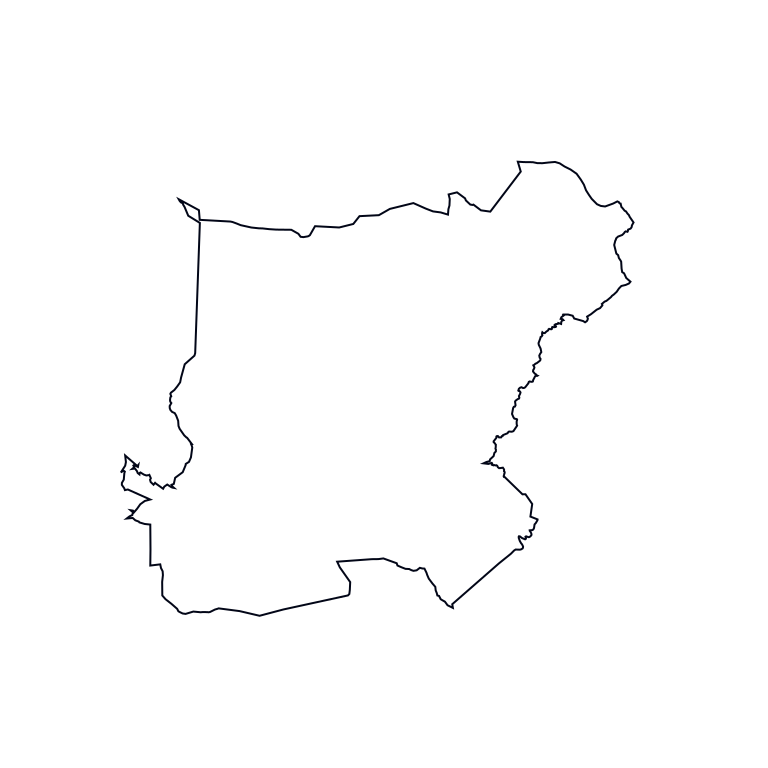 Ixtapan del Oro, México, Mexico, rotated 74°
{"feature_id": "50627088B38123449736232", "entity_name": "Ixtapan del Oro", "entity_type": "district", "adm_level": 2, "iso_a3": "MEX", "parent_name": "Mexico", "parent_adm1": "México", "projection": "mercator", "projection_center": [-100.269, 19.262], "detail": "fine", "context": "isolated", "style": "outline", "palette": "ink", "viewbox_px": 768, "rotation_deg": 74, "n_neighbors": 0, "source": "geoboundaries", "source_scale": "gbopen_adm2", "svg_char_len": 6152}
<svg xmlns="http://www.w3.org/2000/svg" viewBox="0 0 768 768"><g transform="rotate(74 384 384)"><path d="M272.8,109.4L273.7,114.0L274.3,122.5L272.6,126.5L269.9,129.7L263.3,133.3L258.6,134.9L253.5,136.4L247.5,136.9L241.7,138.5L235.0,140.9L229.3,145.5L224.7,150.5L220.3,154.3L217.7,158.4L216.5,164.5L215.4,170.9L213.9,175.8L211.8,179.8L209.2,188.5L207.2,194.1L217.5,194.0L247.6,234.3L243.8,242.9L236.2,248.6L236.3,249.5L235.3,251.6L230.1,254.7L227.9,254.9L219.9,261.0L219.6,269.6L224.3,269.8L230.5,271.9L233.7,273.9L238.8,275.8L234.7,282.2L231.6,289.3L226.9,295.5L218.2,305.9L217.3,330.1L220.3,342.4L215.9,361.3L221.7,369.4L221.2,383.9L213.3,406.8L220.5,414.2L220.9,415.3L221.1,416.4L220.6,421.0L219.5,423.6L216.0,424.9L210.2,430.6L205.9,445.0L203.5,451.7L201.0,457.8L199.8,461.5L197.0,468.4L191.8,478.0L189.2,481.3L186.5,485.0L185.5,486.9L175.4,515.9L165.9,514.0L149.8,530.4L151.9,529.9L153.5,529.1L154.8,527.6L156.4,527.6L158.9,526.9L168.3,525.8L178.4,516.6L302.3,557.0L304.5,558.4L310.1,570.1L321.9,577.3L326.2,579.5L329.4,583.5L332.0,587.2L333.6,591.2L334.6,592.1L337.2,591.9L337.9,593.0L339.9,593.9L341.4,594.3L342.9,594.1L343.7,593.7L346.1,596.1L348.1,596.6L350.0,596.5L352.4,595.4L354.3,593.2L357.0,592.5L362.6,592.0L367.7,593.1L370.7,592.8L378.3,590.2L381.0,588.6L381.4,588.1L388.9,585.2L388.8,586.0L390.1,585.8L392.2,585.8L401.3,589.8L405.1,592.9L406.2,596.6L407.4,597.1L413.3,601.8L416.6,610.6L422.1,613.6L422.3,616.0L424.3,615.6L426.0,614.5L425.2,616.1L424.4,617.0L420.9,620.1L422.1,623.5L423.8,625.2L416.6,630.9L415.9,631.3L417.3,633.3L413.9,635.3L411.6,635.3L410.3,634.1L406.7,634.6L406.8,635.0L406.4,637.7L404.9,639.8L401.9,642.5L402.2,643.5L403.5,644.0L401.7,645.3L399.6,645.5L396.9,646.6L396.5,647.3L396.2,649.4L395.1,647.0L393.3,647.4L392.7,646.0L394.2,645.3L395.9,643.4L394.1,642.5L394.9,643.7L381.4,652.5L387.9,653.6L391.2,655.3L396.5,661.3L395.6,658.7L395.8,658.0L396.8,657.3L398.2,658.2L404.2,660.5L406.8,663.2L408.7,663.8L412.7,662.4L414.6,662.3L414.8,659.3L430.6,640.6L430.5,646.2L432.4,651.4L435.9,655.8L438.2,659.3L436.5,660.2L435.5,662.4L438.8,660.3L439.6,661.6L440.6,662.1L441.1,665.1L442.4,668.4L443.5,662.5L446.5,660.6L448.7,657.6L449.6,657.3L452.6,652.6L454.7,647.4L478.4,654.0L494.1,658.7L495.7,648.8L499.4,649.1L503.0,648.4L506.8,649.2L513.1,651.8L526.2,655.4L530.7,653.3L536.6,649.0L543.1,644.8L545.8,644.3L547.2,642.9L549.1,640.8L550.3,638.1L550.2,630.0L552.9,623.1L553.3,620.9L554.6,616.7L555.1,615.5L555.2,614.0L554.2,608.6L554.2,605.9L554.1,604.8L562.5,585.4L572.5,567.5L573.0,542.9L577.3,476.9L576.3,475.2L572.5,473.6L565.1,471.1L548.1,477.0L541.9,478.0L549.0,444.1L550.8,437.5L551.5,432.7L559.8,421.2L562.2,421.1L565.0,417.7L567.6,414.3L568.8,410.8L570.4,409.1L571.7,407.2L572.1,404.0L570.6,400.2L571.9,398.0L572.6,396.0L577.0,395.2L579.5,395.1L583.4,394.6L589.2,392.4L593.1,390.6L596.7,391.2L599.5,390.9L602.0,391.0L602.9,389.5L606.6,388.8L610.1,385.4L614.2,383.9L618.2,379.5L614.5,379.1L588.1,322.9L582.1,308.7L579.9,304.8L579.4,303.1L580.6,299.4L580.8,298.1L580.3,296.1L579.6,295.5L578.5,295.1L576.2,295.5L574.9,296.1L572.4,296.7L569.3,296.9L568.1,296.7L567.6,296.3L567.9,295.4L570.1,293.8L572.2,291.2L572.1,290.6L571.6,290.1L569.8,290.1L569.6,289.4L571.0,287.4L571.2,286.7L571.1,286.1L570.6,284.9L569.7,283.8L568.5,283.6L566.9,283.8L565.3,284.4L564.8,284.3L565.3,281.9L565.3,281.3L564.4,279.9L563.2,279.2L560.5,278.0L559.5,276.4L557.2,274.0L556.5,273.7L551.8,279.8L540.2,274.6L529.0,278.4L528.2,281.3L506.6,293.7L506.4,294.3L505.6,294.4L504.3,293.5L503.7,293.3L502.7,292.5L501.8,292.3L500.9,292.7L499.7,292.2L499.0,292.2L497.2,292.8L496.9,295.3L496.6,296.6L495.3,297.5L493.8,297.7L493.1,298.3L493.1,299.1L492.3,300.4L492.4,301.1L491.9,301.5L491.8,302.2L491.3,302.6L490.2,301.9L489.5,302.2L489.6,305.7L487.7,310.2L487.2,307.0L487.3,303.7L485.7,302.8L483.5,298.5L480.7,296.9L479.7,295.1L477.9,294.5L476.9,294.7L475.3,293.9L474.0,293.6L473.4,293.2L471.3,293.9L470.2,294.6L469.3,294.4L467.0,291.2L466.1,290.4L465.4,290.4L465.2,289.9L465.4,288.9L467.1,288.1L467.6,286.0L466.6,285.1L466.6,284.1L465.9,283.6L465.4,278.9L464.3,277.5L464.2,276.8L465.1,274.3L465.0,272.6L460.7,267.5L459.8,267.6L458.2,267.3L456.3,266.7L455.1,265.9L454.4,266.0L453.2,268.2L451.9,268.7L448.1,269.2L442.7,266.5L441.7,265.5L441.8,264.4L440.7,263.4L437.1,262.9L436.3,262.1L435.4,259.7L435.2,258.2L434.5,257.7L432.8,257.6L431.0,255.9L429.7,255.1L429.2,255.2L428.1,255.7L427.9,256.3L427.4,256.7L425.8,255.7L425.1,254.3L425.0,253.3L425.0,252.7L426.2,251.5L426.4,250.5L426.1,249.2L423.0,244.9L422.3,244.6L421.9,244.2L421.7,243.3L422.5,241.8L422.7,240.7L422.6,240.2L421.3,239.5L418.2,236.6L418.1,235.0L418.4,234.6L418.3,234.2L417.9,234.7L416.7,235.2L415.6,236.2L413.1,237.3L411.8,236.8L410.6,235.5L409.4,234.8L407.2,235.3L407.1,234.6L406.2,232.8L406.1,231.5L404.7,227.9L404.2,227.2L403.0,226.6L401.6,227.1L399.5,226.9L398.1,225.7L396.7,224.0L393.1,223.7L389.0,224.4L387.3,224.2L383.4,221.3L382.0,220.5L381.7,219.3L380.8,218.3L380.1,218.4L378.6,218.0L377.9,217.5L378.9,216.9L379.4,215.4L378.4,213.6L377.7,211.4L376.8,210.8L376.5,210.1L377.5,208.2L377.3,207.4L376.3,207.1L375.6,206.5L376.3,205.0L376.5,203.2L376.1,202.8L375.2,203.1L374.8,203.9L374.4,203.9L373.8,202.7L374.1,200.2L373.4,199.7L375.1,197.2L373.1,196.4L372.1,195.3L372.1,193.9L370.9,194.5L370.1,196.2L368.7,195.1L367.6,192.2L366.8,192.8L366.6,192.6L367.9,188.0L370.4,183.8L373.5,183.1L378.4,175.2L380.1,173.7L379.5,171.8L378.5,170.7L377.4,170.0L375.2,170.2L374.0,165.9L371.2,159.1L370.6,155.4L368.6,152.4L367.7,152.3L367.1,152.5L365.6,149.2L365.4,147.3L364.6,145.4L363.0,141.8L362.1,140.6L361.3,138.4L359.5,134.9L357.0,131.9L355.2,128.8L355.4,124.4L354.9,120.8L353.6,118.9L348.9,121.9L343.8,122.7L342.1,124.2L338.5,123.8L331.8,122.3L330.7,122.5L327.6,123.5L324.7,123.4L322.7,124.7L313.8,124.4L309.7,122.0L309.3,121.4L308.0,120.7L306.8,118.4L306.4,113.9L305.2,111.7L304.3,110.7L303.9,109.6L304.8,108.0L304.2,107.4L302.9,106.8L302.6,104.2L302.2,103.6L301.3,102.6L299.9,102.0L297.5,99.6L290.9,101.8L289.2,102.0L287.3,103.0L284.8,103.8L283.8,104.9L280.5,106.3L279.2,107.0L275.8,106.8L275.5,107.5L274.7,108.0L273.9,108.1L272.8,109.4Z" fill="none" stroke="#020617" stroke-width="2"/></g></svg>